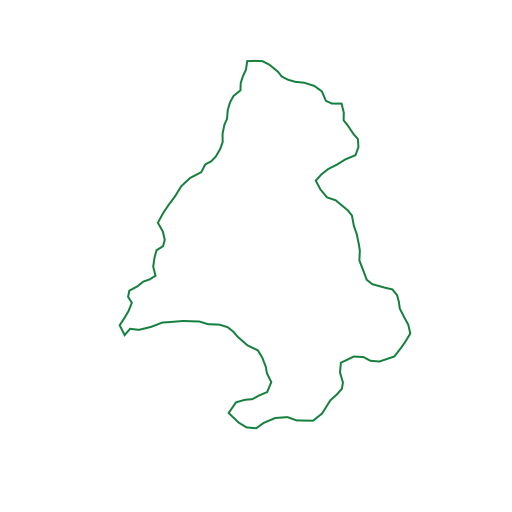 outline of Ariranha, São Paulo, Brazil, rotated 238°
{"feature_id": "56859067B77779450853304", "entity_name": "Ariranha", "entity_type": "district", "adm_level": 2, "iso_a3": "BRA", "parent_name": "Brazil", "parent_adm1": "São Paulo", "projection": "mercator", "projection_center": [-48.779, -21.178], "detail": "fine", "context": "isolated", "style": "outline", "palette": "green", "viewbox_px": 512, "rotation_deg": 238, "n_neighbors": 0, "source": "geoboundaries", "source_scale": "gbopen_adm2", "svg_char_len": 1790}
<svg xmlns="http://www.w3.org/2000/svg" viewBox="0 0 512 512"><g transform="rotate(238 256 256)"><path d="M354.8,229.6L349.6,219.2L345.6,208.9L341.8,200.4L336.2,190.4L326.2,190.0L318.1,187.2L313.6,182.4L313.6,174.7L308.4,169.1L301.5,163.2L292.5,160.3L292.5,153.5L294.0,146.8L293.1,139.4L293.7,130.2L289.2,125.9L282.1,125.9L276.8,118.6L273.4,112.1L269.5,103.7L258.5,102.7L261.0,110.6L255.4,117.6L251.5,129.4L249.2,141.3L244.2,150.7L239.5,159.8L235.1,166.3L230.5,173.2L223.6,179.2L217.1,188.7L210.7,194.2L204.1,196.6L197.4,197.6L184.8,201.4L175.0,207.6L166.2,207.4L156.8,205.6L151.0,203.2L140.9,202.1L134.7,193.4L136.1,184.4L136.5,177.1L140.0,170.2L142.5,161.4L137.3,149.6L123.7,153.1L115.6,157.2L109.8,164.9L110.4,174.0L108.4,186.5L102.7,197.3L95.1,203.3L90.6,210.1L86.1,217.1L87.4,228.6L94.2,242.5L95.7,251.2L98.0,258.6L102.7,262.7L112.7,265.5L120.5,271.4L118.9,285.7L113.3,293.6L106.5,297.5L101.1,304.8L97.5,320.0L101.3,330.5L103.8,336.4L108.5,345.8L117.0,348.7L126.0,349.3L135.3,350.1L141.5,352.9L148.1,354.9L155.5,353.9L160.4,348.9L170.5,339.7L177.2,337.3L185.0,338.9L197.4,341.3L205.5,346.9L212.1,349.7L221.4,353.1L229.5,354.9L239.5,358.8L246.1,358.0L253.5,355.6L261.0,353.1L268.1,347.3L278.2,345.9L288.2,346.6L290.5,354.5L291.5,363.3L290.6,373.3L290.6,382.8L288.8,393.8L294.1,400.6L301.2,404.4L307.8,403.3L317.8,403.0L324.6,402.2L331.0,406.4L339.9,409.3L345.1,401.1L350.5,397.5L360.6,399.1L369.3,395.6L377.4,388.7L383.0,381.5L388.6,376.5L394.6,372.9L400.6,372.3L411.4,368.6L417.8,364.7L421.9,358.7L425.9,351.8L419.3,346.2L415.4,340.2L410.8,334.7L404.7,330.6L403.7,321.9L400.2,315.6L395.0,309.6L387.8,304.2L383.9,298.6L377.4,292.4L370.4,288.2L365.8,282.5L361.6,274.5L360.0,268.0L360.6,261.6L356.1,254.0L357.1,241.5L354.8,229.6Z" fill="none" stroke="#15803d" stroke-width="2"/></g></svg>